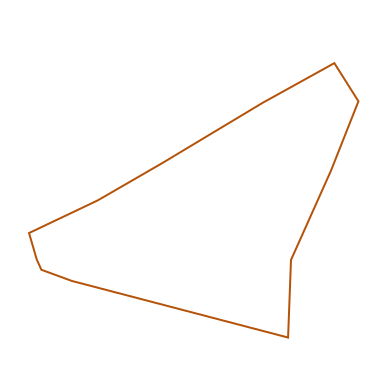 map outline of Micoud (Equal Earth projection), rotated 94°
{"feature_id": "LCA-5083", "entity_name": "Micoud", "entity_type": "Quarter", "adm_level": 1, "iso_a3": "LCA", "parent_name": "Saint Lucia", "parent_adm1": "", "projection": "equal_earth", "projection_center": [-60.927, 13.81], "detail": "fine", "context": "isolated", "style": "outline", "palette": "amber", "viewbox_px": 384, "rotation_deg": 94, "n_neighbors": 0, "source": "natural_earth", "source_scale": "10m", "svg_char_len": 312}
<svg xmlns="http://www.w3.org/2000/svg" viewBox="0 0 384 384"><g transform="rotate(94 192 192)"><path d="M330.5,86.0L289.1,305.7L280.1,336.8L270.1,342.2L244.3,351.7L206.9,285.4L165.1,223.5L98.2,127.9L53.5,59.0L89.9,32.3L160.9,54.8L252.9,88.5L330.5,86.0Z" fill="none" stroke="#b45309" stroke-width="2"/></g></svg>